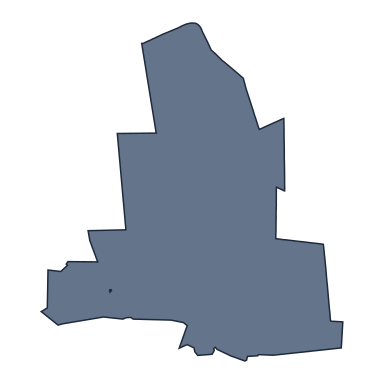 Tamdi, Navoi, Uzbekistan
{"feature_id": "79887680B37906364425566", "entity_name": "Tamdi", "entity_type": "district", "adm_level": 2, "iso_a3": "UZB", "parent_name": "Uzbekistan", "parent_adm1": "Navoi", "projection": "equal_earth", "projection_center": [65.436, 42.347], "detail": "fine", "context": "isolated", "style": "filled", "palette": "slate", "viewbox_px": 384, "rotation_deg": 0, "n_neighbors": 0, "source": "geoboundaries", "source_scale": "gbopen_adm2", "svg_char_len": 2161}
<svg xmlns="http://www.w3.org/2000/svg" viewBox="0 0 384 384"><path d="M333.2,348.8L341.3,347.9L342.8,321.9L335.1,321.4L332.1,321.3L330.6,321.0L330.2,317.8L330.0,314.1L329.4,308.7L328.1,294.1L327.2,283.6L327.0,282.4L326.3,274.4L325.9,269.3L325.0,260.2L323.4,244.6L323.3,244.3L318.6,243.6L312.8,243.0L302.9,241.8L297.2,241.2L294.9,240.9L285.5,239.8L283.8,239.7L281.1,239.4L279.7,239.1L275.9,238.7L275.8,235.9L275.8,234.6L275.9,233.3L276.0,228.0L276.0,226.0L276.0,222.9L276.1,221.0L276.1,218.1L276.1,216.2L276.1,214.4L276.1,210.9L276.2,209.2L276.2,207.7L276.3,204.4L276.3,203.5L276.2,202.2L276.3,200.3L276.3,199.3L276.3,196.3L276.3,192.7L276.4,191.4L276.3,190.3L276.3,189.8L276.5,187.2L282.2,189.8L283.4,190.5L284.6,190.9L284.7,188.7L284.6,182.1L284.6,179.9L284.6,177.2L284.5,167.1L284.4,162.2L284.3,159.7L284.3,152.8L284.3,150.6L284.1,139.6L284.0,128.0L283.9,121.6L283.8,118.4L276.4,121.7L274.8,122.4L267.3,125.8L259.3,129.4L258.1,126.2L257.4,123.9L256.1,119.8L254.0,113.6L253.5,111.6L251.4,105.2L249.8,100.2L248.6,96.6L247.4,92.8L246.3,89.6L243.3,78.3L235.2,71.3L228.9,66.0L224.9,62.6L222.2,60.5L215.2,53.6L212.7,51.4L211.3,50.1L209.6,46.7L209.6,46.2L208.9,45.0L207.8,42.7L207.8,42.4L207.4,41.7L207.0,41.0L203.6,34.1L202.8,32.6L201.9,30.5L201.5,29.2L201.4,29.2L200.2,26.9L198.3,24.8L196.8,23.8L195.2,23.2L191.9,23.0L189.9,23.2L185.9,24.2L181.8,26.0L181.0,26.4L180.5,26.6L180.2,26.9L177.4,28.2L176.5,28.6L165.1,33.3L163.8,33.8L155.6,37.6L154.8,38.1L153.1,38.7L152.1,39.2L151.1,39.8L147.4,41.4L143.3,43.3L142.5,43.4L142.3,43.4L141.7,43.4L156.2,133.1L117.3,133.5L125.9,229.8L88.1,230.7L89.8,240.5L97.7,261.9L67.9,261.6L66.2,264.1L67.5,265.3L60.8,271.5L48.0,270.0L47.3,307.9L41.2,311.6L58.1,325.1L62.7,323.8L103.5,317.0L122.9,319.1L125.8,317.8L130.7,317.4L133.2,319.1L171.1,320.1L183.5,322.6L187.2,325.6L179.2,348.2L187.1,344.6L194.0,347.9L194.8,351.7L197.7,355.4L212.1,354.3L214.2,350.6L213.8,348.5L215.4,347.3L217.1,349.4L230.6,355.8L244.9,361.0L246.6,360.2L247.4,356.4L257.7,355.8L258.5,354.6L273.3,355.2L333.2,348.8ZM111.5,290.7L110.2,292.0L110.1,291.3L109.4,291.0L109.8,289.8L111.0,289.6L111.5,290.7Z" fill="#64748b" stroke="#1e293b" stroke-width="1.5"/></svg>